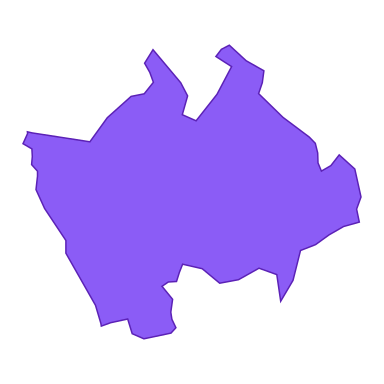 the border of Hîncesti
{"feature_id": "MDA-1639", "entity_name": "Hîncesti", "entity_type": "District", "adm_level": 1, "iso_a3": "MDA", "parent_name": "Moldova", "parent_adm1": "", "projection": "natural_earth1", "projection_center": [28.404, 46.831], "detail": "fine", "context": "isolated", "style": "filled", "palette": "violet", "viewbox_px": 384, "rotation_deg": 0, "n_neighbors": 0, "source": "natural_earth", "source_scale": "10m", "svg_char_len": 1010}
<svg xmlns="http://www.w3.org/2000/svg" viewBox="0 0 384 384"><path d="M36.6,184.2L37.5,176.2L37.5,171.2L31.6,164.6L32.3,156.6L31.9,148.9L23.0,143.7L27.6,133.5L27.4,131.8L32.1,132.9L89.9,141.8L107.3,117.7L131.1,96.4L144.2,93.8L153.4,82.3L149.8,72.4L144.6,63.2L153.0,49.7L180.7,82.7L187.6,95.9L182.3,114.7L196.1,120.8L217.0,94.3L231.6,66.6L215.9,56.5L221.4,49.3L229.3,45.2L246.1,60.7L263.9,70.8L262.3,82.7L258.6,93.6L282.9,117.3L309.3,137.1L315.3,143.3L317.7,153.0L318.0,162.9L321.4,171.1L330.9,165.6L339.2,154.9L354.8,169.0L361.0,197.0L356.6,209.1L359.3,222.1L343.6,226.5L329.0,234.9L315.6,244.6L300.5,250.5L293.0,280.4L280.7,301.2L276.8,274.6L259.0,268.2L238.5,279.7L219.7,283.2L202.2,268.7L182.6,264.2L179.4,272.3L176.5,281.5L168.3,282.0L162.0,286.3L172.6,299.3L170.8,312.2L171.9,319.3L175.9,327.7L171.0,333.1L143.9,338.8L132.2,333.7L127.7,319.0L110.7,322.7L101.3,326.1L100.9,323.5L95.5,305.3L65.9,253.2L65.9,240.5L44.6,208.5L36.0,189.6L36.6,184.2Z" fill="#8b5cf6" stroke="#5b21b6" stroke-width="1.5"/></svg>